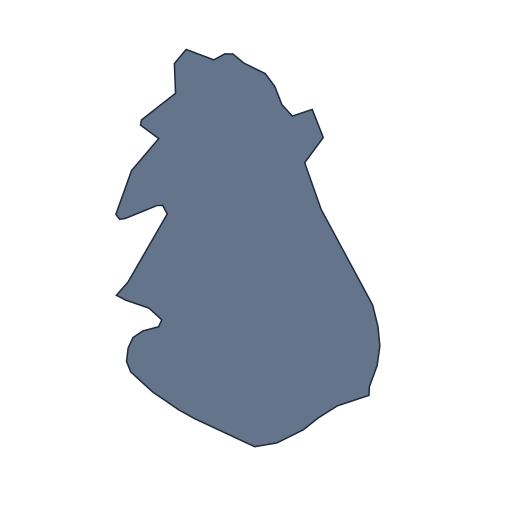 the Unitary Authority of North Somerset, rotated 115°
{"feature_id": "GBR-2045", "entity_name": "North Somerset", "entity_type": "Unitary Authority", "adm_level": 1, "iso_a3": "GBR", "parent_name": "United Kingdom", "parent_adm1": "", "projection": "mercator", "projection_center": [-2.807, 51.391], "detail": "fine", "context": "isolated", "style": "filled", "palette": "slate", "viewbox_px": 512, "rotation_deg": 115, "n_neighbors": 0, "source": "natural_earth", "source_scale": "10m", "svg_char_len": 841}
<svg xmlns="http://www.w3.org/2000/svg" viewBox="0 0 512 512"><g transform="rotate(115 256 256)"><path d="M82.6,362.7L86.3,348.6L86.8,324.7L94.4,310.6L107.8,296.6L113.9,282.3L99.4,267.0L120.2,245.1L150.9,251.3L186.2,216.7L251.2,129.5L268.3,115.7L285.2,105.7L304.1,99.9L326.7,98.0L334.6,94.7L341.2,101.8L357.5,119.0L376.8,131.4L393.4,139.6L416.6,158.1L429.4,176.6L429.4,197.2L429.4,215.7L429.4,242.5L428.1,261.0L426.5,270.2L423.0,291.9L414.0,320.6L406.3,328.8L393.4,333.0L381.9,333.0L371.6,326.8L361.3,314.4L353.7,314.4L348.5,330.9L351.1,355.5L350.6,365.9L333.7,361.0L255.4,354.2L249.6,361.9L252.0,367.0L277.3,390.4L280.4,395.1L277.5,400.6L231.2,404.9L190.7,393.8L186.2,416.0L181.1,417.3L142.5,397.7L116.1,411.3L98.3,406.6L96.1,377.2L86.3,369.9L85.7,369.3L83.5,363.8L82.6,362.7Z" fill="#64748b" stroke="#1e293b" stroke-width="1.5"/></g></svg>